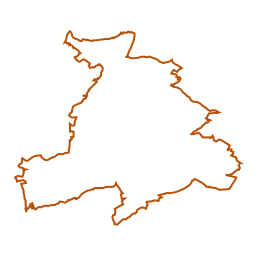 the district of Strehaia, Mehedinti, Romania
{"feature_id": "2599482B78091159636485", "entity_name": "Strehaia", "entity_type": "district", "adm_level": 2, "iso_a3": "ROU", "parent_name": "Romania", "parent_adm1": "Mehedinti", "projection": "albers", "projection_center": [23.174, 44.633], "detail": "fine", "context": "isolated", "style": "outline", "palette": "amber", "viewbox_px": 256, "rotation_deg": 0, "n_neighbors": 0, "source": "geoboundaries", "source_scale": "gbopen_adm2", "svg_char_len": 5726}
<svg xmlns="http://www.w3.org/2000/svg" viewBox="0 0 256 256"><path d="M114.5,224.1L117.1,224.7L122.7,219.5L126.1,219.2L127.4,217.9L130.0,216.6L131.7,214.6L133.7,213.5L135.4,213.4L136.9,211.6L137.3,209.8L140.8,207.7L143.4,207.5L146.1,208.7L146.7,206.0L147.5,205.4L147.6,204.9L146.4,202.3L146.5,202.0L147.6,201.6L148.6,201.7L150.6,201.3L151.6,201.5L153.5,200.6L156.5,200.4L157.8,201.1L158.6,200.9L158.8,200.7L158.8,198.6L161.8,197.4L158.8,195.3L167.2,193.0L171.1,193.2L172.9,192.6L175.3,192.3L183.5,189.0L189.9,184.8L191.4,182.6L192.4,180.3L193.6,180.3L194.6,178.9L201.6,182.5L206.0,185.9L206.1,186.6L207.3,186.9L208.6,186.7L209.0,186.8L209.1,187.2L210.1,187.0L210.5,187.5L211.5,187.4L215.8,188.2L219.4,189.8L229.1,189.1L230.7,186.9L236.1,178.0L236.2,177.4L226.6,175.2L226.6,174.9L228.5,175.1L232.0,174.0L233.1,173.3L233.9,172.2L235.8,171.1L237.5,169.5L238.8,169.9L239.8,168.2L239.4,167.8L239.6,167.3L239.5,166.6L238.7,165.8L239.0,165.5L238.8,164.6L240.0,163.2L240.6,163.2L239.8,162.7L239.7,162.2L237.7,161.3L236.8,160.3L236.3,159.7L236.8,158.7L235.5,156.9L234.0,156.8L231.3,155.5L231.9,154.9L232.5,155.1L233.2,153.9L232.8,153.6L233.5,152.0L230.9,151.0L231.5,149.5L228.9,149.0L228.1,150.2L227.6,149.8L229.8,145.6L228.8,145.1L228.9,144.8L220.2,139.6L219.4,139.9L218.7,139.6L216.5,141.5L216.1,141.5L214.1,140.4L213.4,138.7L213.5,138.2L213.2,136.4L212.6,135.8L212.2,136.8L210.3,138.0L209.9,137.9L209.9,137.4L202.8,137.4L202.6,136.5L201.6,136.2L200.6,134.4L199.1,133.1L196.9,133.2L193.0,134.2L191.5,134.1L193.8,131.6L196.9,130.3L197.4,129.3L201.4,127.5L202.5,125.7L205.1,123.7L205.6,122.7L207.6,122.7L208.2,122.3L208.5,121.4L207.5,120.1L209.7,120.6L210.3,120.3L207.6,119.2L207.0,118.3L206.8,118.8L206.0,118.4L206.5,118.1L208.9,113.4L212.1,113.3L213.3,112.8L216.9,113.0L219.1,112.5L215.7,110.5L212.5,110.2L210.2,111.0L207.6,109.5L205.5,107.6L203.7,106.6L200.3,103.7L197.7,102.3L196.3,101.9L194.4,102.0L191.8,100.9L190.9,100.1L189.6,97.5L188.0,96.3L187.1,96.2L185.5,94.2L182.8,92.3L182.0,90.9L180.2,89.0L177.2,87.5L173.8,86.9L171.0,85.4L171.4,84.5L173.8,84.6L175.3,83.3L177.6,82.4L179.3,81.1L179.5,80.5L180.6,78.7L179.3,77.0L179.0,77.3L178.6,79.0L177.9,79.3L178.2,77.4L176.3,77.1L176.6,74.6L171.5,73.6L172.4,72.0L172.2,72.0L173.9,69.9L177.1,71.9L178.8,69.6L181.7,68.1L178.4,65.7L175.0,64.1L173.0,62.6L172.2,61.1L171.9,59.7L169.6,61.6L166.3,62.1L165.3,62.7L163.0,63.0L159.1,61.4L158.6,60.6L157.2,59.5L149.1,56.5L147.3,57.3L145.2,56.8L141.0,56.7L138.7,57.7L132.9,58.3L131.2,58.1L128.9,57.2L125.5,56.9L126.8,56.5L127.6,55.6L128.9,51.4L130.8,48.2L132.6,43.2L133.4,41.7L134.5,36.2L134.6,33.9L134.4,33.3L131.2,32.0L131.0,32.4L129.7,32.5L129.1,31.8L128.2,31.5L128.1,31.9L126.7,32.8L123.6,32.4L123.2,33.2L122.5,33.2L122.2,33.8L121.4,33.2L121.1,32.7L119.4,35.1L119.1,35.0L116.6,36.7L113.1,38.2L112.6,38.2L113.0,37.7L112.5,37.8L108.7,39.1L106.4,38.9L95.1,40.4L93.8,40.2L92.4,40.9L89.1,40.5L87.5,39.7L86.0,40.0L83.0,39.2L81.9,40.2L81.5,41.2L80.0,40.9L76.7,38.9L75.7,39.0L73.1,37.4L72.4,36.5L71.7,33.5L70.7,32.0L69.7,31.3L67.1,34.8L67.1,36.1L66.8,36.5L66.1,39.7L64.7,42.5L65.9,41.9L66.9,43.5L68.1,43.7L67.9,43.1L70.0,43.7L69.5,45.1L70.1,44.9L71.9,45.5L72.9,46.5L73.0,46.9L72.8,47.2L73.0,47.6L74.0,48.2L74.5,47.9L77.8,50.3L80.5,53.2L79.0,53.6L78.5,55.0L77.4,56.2L74.8,57.0L75.1,58.1L77.5,60.7L78.9,61.6L80.1,61.5L83.1,59.4L83.8,59.3L87.1,61.3L88.7,62.7L89.8,63.3L89.7,64.7L88.7,65.4L89.8,67.7L90.8,67.8L92.2,67.2L94.0,67.5L96.4,65.6L98.1,65.2L98.9,64.3L99.6,64.2L100.0,64.6L100.2,65.3L101.8,66.3L102.7,67.8L102.7,68.4L102.5,69.3L102.5,70.4L100.9,73.0L101.1,73.9L100.7,76.2L98.1,79.0L97.5,78.5L96.2,79.8L94.5,79.2L93.5,80.5L96.3,80.7L97.0,81.7L88.6,90.0L89.1,90.4L86.8,93.5L87.2,95.6L86.9,96.0L84.9,95.4L84.2,95.4L83.7,95.8L86.5,97.1L85.8,98.4L84.3,99.1L83.8,99.0L82.5,100.8L82.4,101.5L81.7,101.8L81.5,102.5L74.9,105.3L73.1,106.5L71.8,111.0L72.2,111.6L72.0,111.9L70.0,113.6L69.2,113.7L69.5,113.8L69.7,114.5L69.0,115.4L71.5,117.5L76.4,117.3L74.4,122.8L74.8,124.3L73.9,125.6L71.5,125.5L70.9,124.6L69.8,123.8L70.1,131.6L71.7,131.2L72.0,131.6L73.6,131.8L73.5,136.7L73.5,137.0L72.7,137.1L71.1,137.1L71.4,138.1L71.7,138.2L71.8,139.4L69.7,140.2L70.2,141.1L69.8,141.4L69.5,146.0L68.7,152.6L65.2,153.0L62.9,154.2L59.8,154.0L57.5,154.5L55.2,156.5L51.7,157.7L47.3,160.2L44.8,159.8L43.7,159.1L41.4,157.2L41.0,155.5L40.7,155.3L35.7,155.8L32.4,157.2L27.6,160.8L25.5,160.5L22.3,158.3L21.9,159.7L22.1,161.7L21.8,162.7L20.7,163.7L19.7,164.0L18.5,166.0L19.7,167.3L22.7,168.0L24.6,169.2L25.9,169.5L23.3,170.4L23.8,171.6L23.6,173.3L22.8,176.0L22.3,176.7L17.9,176.0L15.4,176.9L15.5,177.3L15.8,177.3L15.9,178.1L15.5,178.4L16.8,179.7L16.9,181.5L23.1,180.1L25.2,181.1L25.6,181.8L25.9,183.0L21.1,183.9L23.7,191.1L23.5,192.6L24.4,196.3L24.5,198.6L25.8,200.8L25.4,202.6L25.7,203.1L25.5,204.8L25.6,205.7L26.1,206.4L25.4,208.8L26.1,211.1L26.6,210.6L27.5,208.4L28.3,208.3L30.0,207.1L30.1,206.7L29.3,206.8L29.3,206.5L29.6,205.8L30.0,205.7L30.3,204.2L32.2,203.2L33.6,206.4L32.7,207.3L32.6,206.7L32.0,206.4L32.1,208.5L34.5,208.1L35.2,209.4L36.5,208.8L37.6,207.6L39.0,207.0L41.2,207.3L43.4,206.2L45.6,205.6L48.1,206.0L50.5,205.2L54.8,205.0L56.5,203.9L58.2,203.6L59.6,201.6L61.1,201.6L65.2,202.7L66.9,201.6L68.2,200.1L69.2,200.5L69.7,200.2L69.5,199.9L71.7,199.3L73.8,198.1L75.6,197.9L75.5,198.8L76.6,199.2L77.0,198.4L78.2,198.1L79.6,197.0L80.6,195.4L82.2,193.7L87.3,190.6L89.8,190.2L92.1,189.4L93.7,189.3L93.8,188.8L94.9,188.0L102.9,188.0L107.1,186.8L112.6,186.9L115.3,185.4L115.9,183.2L121.1,191.2L122.7,193.2L121.4,193.4L121.3,194.4L120.9,194.5L121.5,196.7L121.7,198.7L124.7,198.5L121.8,201.3L123.2,204.4L121.9,205.1L121.1,205.2L114.7,209.0L115.4,210.8L114.9,214.7L113.0,215.3L112.4,217.5L113.7,221.3L114.7,222.8L114.5,224.1Z" fill="none" stroke="#b45309" stroke-width="2"/></svg>